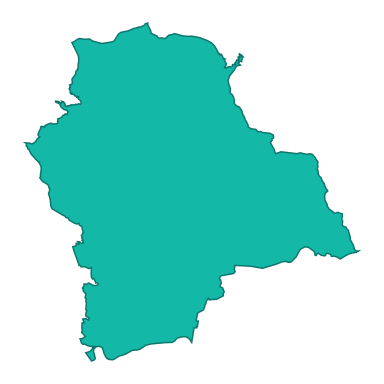 Sapanta, Maramures, Romania (Natural Earth projection), rotated 180°
{"feature_id": "2599482B85746794892801", "entity_name": "Sapanta", "entity_type": "district", "adm_level": 2, "iso_a3": "ROU", "parent_name": "Romania", "parent_adm1": "Maramures", "projection": "natural_earth1", "projection_center": [23.668, 47.916], "detail": "fine", "context": "isolated", "style": "filled", "palette": "teal", "viewbox_px": 384, "rotation_deg": 180, "n_neighbors": 0, "source": "geoboundaries", "source_scale": "gbopen_adm2", "svg_char_len": 5985}
<svg xmlns="http://www.w3.org/2000/svg" viewBox="0 0 384 384"><g transform="rotate(180 192 192)"><path d="M312.1,341.5L305.7,328.5L305.1,323.2L305.9,319.9L305.9,315.7L306.4,315.4L306.3,314.5L308.0,312.8L308.3,310.2L312.0,304.9L311.7,300.7L312.4,299.7L313.1,299.6L313.3,298.7L314.3,299.0L314.0,298.0L314.2,296.6L313.7,296.3L314.9,295.2L314.0,293.9L313.8,291.5L312.5,291.0L313.3,290.5L312.8,289.9L309.9,289.4L309.0,288.0L307.2,287.7L307.3,286.7L305.5,287.2L306.1,286.1L305.9,285.4L304.0,283.7L303.0,282.3L302.9,281.1L303.3,279.9L303.9,279.6L305.2,280.3L306.4,279.6L308.6,279.7L308.8,279.1L313.2,279.1L313.4,278.4L316.5,278.2L317.6,277.4L319.1,278.6L318.8,280.0L319.3,280.3L320.4,282.2L322.0,282.6L321.4,281.8L322.3,282.1L322.9,281.1L324.0,281.3L325.5,282.5L328.4,282.9L328.4,282.2L327.9,281.5L326.3,281.2L324.8,280.2L323.5,280.3L323.4,279.9L323.9,278.9L322.7,276.7L320.2,274.6L317.3,273.6L315.8,272.1L316.6,270.6L316.5,269.5L318.9,270.1L319.7,268.8L320.9,268.8L323.0,266.1L326.0,265.3L326.4,264.1L326.1,263.3L326.4,262.7L326.2,261.2L326.8,260.4L331.4,259.9L332.5,260.7L333.8,260.7L339.0,258.5L339.2,257.2L340.0,256.8L340.6,257.4L342.9,257.6L343.2,257.0L342.9,256.7L345.9,250.1L345.7,248.3L344.2,247.2L346.9,245.0L348.1,242.7L350.0,241.1L352.3,240.0L354.1,240.9L358.6,241.1L357.5,240.4L357.8,238.0L356.4,236.8L356.2,235.1L355.3,234.7L352.9,230.0L348.1,224.5L345.5,222.1L344.8,222.1L345.1,221.6L343.0,217.8L342.8,214.6L343.6,209.1L343.4,207.1L344.1,206.5L344.0,205.8L341.2,202.2L340.1,201.9L336.0,199.2L334.4,194.7L334.5,193.0L335.5,190.5L333.9,185.1L333.1,177.8L332.0,175.3L321.6,169.1L319.0,167.9L317.9,166.3L315.7,166.0L314.9,164.0L309.5,160.8L307.1,160.0L304.9,160.6L304.9,159.3L302.0,157.1L301.8,154.5L300.4,152.1L301.1,151.8L301.2,150.4L302.6,148.5L301.9,147.3L302.3,146.2L301.1,144.1L301.9,143.7L300.7,142.7L301.2,141.8L300.7,140.8L302.7,140.8L304.3,141.5L304.2,142.1L307.2,142.5L304.8,141.0L305.2,139.7L307.8,140.5L308.0,138.1L311.2,137.4L310.3,133.9L304.8,118.5L303.8,118.5L303.0,117.2L299.0,117.2L295.1,115.4L292.6,116.4L292.9,111.0L292.5,106.6L291.4,105.0L290.3,105.5L288.6,102.4L288.3,101.0L287.1,101.3L285.9,100.4L286.2,98.9L288.9,98.4L291.4,98.7L292.2,99.5L295.4,101.0L297.2,99.8L300.0,100.0L300.0,97.9L301.6,96.0L300.8,94.8L300.9,93.3L299.2,91.1L298.2,90.6L298.1,89.9L298.9,86.4L297.8,85.0L298.2,83.3L297.6,80.4L298.2,74.4L297.2,73.4L298.0,71.4L298.0,69.6L298.4,69.1L297.8,67.5L295.3,66.5L295.0,65.2L295.3,63.9L298.0,65.4L301.3,64.9L299.9,61.2L301.9,61.1L302.1,57.6L302.0,54.8L301.5,53.4L302.3,52.4L302.3,51.3L301.1,50.5L298.9,47.6L301.1,45.6L304.0,45.1L303.4,44.0L302.7,41.2L301.0,39.6L299.5,40.0L296.1,38.2L292.3,37.4L288.2,37.7L291.4,35.9L291.7,35.0L294.2,32.4L298.3,31.2L292.4,23.0L290.0,23.9L288.9,25.1L288.8,26.1L290.3,31.9L290.5,34.7L288.1,36.9L285.9,37.9L283.5,37.3L281.8,36.1L281.2,35.2L279.9,30.5L278.1,26.8L276.6,25.2L274.9,24.6L271.8,24.2L270.4,24.5L265.2,27.8L258.7,29.8L251.6,33.7L246.9,34.0L244.3,34.7L237.9,38.9L232.5,40.1L218.7,41.4L211.8,41.6L209.2,43.1L207.0,45.9L204.1,46.6L200.1,47.4L197.9,47.2L194.7,45.3L192.3,41.7L190.0,56.1L187.2,56.2L187.3,57.6L186.6,57.6L185.7,63.0L187.9,63.0L186.5,70.4L186.1,71.2L180.6,74.0L179.4,76.7L179.2,78.6L178.2,80.2L177.8,82.7L175.8,85.6L175.6,85.0L175.1,85.3L174.4,84.8L174.5,84.2L167.2,84.8L160.7,88.2L160.8,90.2L159.8,92.2L161.4,96.2L164.1,97.2L163.5,99.6L162.7,100.5L163.3,103.8L164.2,104.6L164.6,105.7L163.4,107.9L162.4,108.3L150.4,110.5L148.9,112.3L149.8,114.7L149.2,116.6L149.3,118.6L133.2,117.8L121.6,115.7L108.2,119.7L101.2,122.4L98.2,122.5L95.2,121.6L93.9,121.7L92.5,122.4L87.8,127.1L85.0,132.6L83.6,134.7L79.0,137.2L75.4,136.6L69.9,132.6L69.1,130.8L69.0,128.9L68.4,128.6L67.8,128.5L66.9,130.3L65.6,130.7L62.7,128.7L59.1,128.1L58.4,128.8L57.8,130.4L56.5,130.7L54.0,129.8L53.1,129.0L52.7,127.7L51.8,127.5L51.0,128.0L46.9,127.0L43.8,125.0L37.6,128.8L33.3,130.7L27.6,131.7L25.4,133.1L27.8,133.0L29.5,134.4L30.5,138.6L33.6,144.1L33.7,146.5L35.7,153.7L37.3,155.2L38.0,156.8L40.9,157.8L41.5,158.5L41.8,159.4L41.3,162.6L42.3,165.1L41.6,167.7L41.8,170.2L44.2,170.7L45.8,171.7L49.1,170.7L54.8,174.9L56.7,177.8L56.8,179.4L59.2,184.2L59.3,188.8L58.5,191.2L56.4,192.7L56.3,193.4L57.8,195.1L58.9,197.6L59.4,198.0L59.5,199.8L61.9,203.5L63.1,206.6L64.5,207.6L65.7,209.7L65.9,212.7L66.8,215.3L66.0,217.3L66.6,219.2L66.2,220.5L66.2,222.5L68.0,224.6L68.5,226.0L72.0,229.8L74.1,230.2L77.5,229.7L83.9,231.2L87.0,230.3L102.8,232.2L108.5,230.3L109.9,234.7L113.7,241.4L111.9,243.6L112.2,245.0L110.9,245.7L110.3,246.8L111.0,249.2L114.2,250.7L121.4,251.5L123.5,252.5L126.2,252.2L128.1,254.6L132.8,255.2L135.7,256.9L136.2,259.7L139.0,264.7L139.3,266.3L141.4,270.2L142.1,273.0L144.6,276.9L147.6,278.3L149.2,279.9L150.0,281.5L149.5,283.6L150.5,286.9L151.4,288.9L153.9,291.1L153.6,295.3L155.2,299.9L156.0,303.7L154.1,308.4L149.6,314.1L147.6,318.0L143.6,318.9L146.0,320.9L144.7,321.8L145.0,322.6L144.7,323.1L142.4,322.4L142.3,324.0L141.6,326.0L141.8,326.7L140.8,327.1L141.7,328.1L142.2,328.2L142.7,329.2L143.1,329.2L142.7,328.5L143.8,328.5L144.3,330.2L144.8,329.9L144.0,326.8L144.6,326.7L145.2,327.3L145.9,326.9L145.8,325.3L145.0,325.5L144.8,325.1L146.2,323.7L147.3,323.9L148.0,322.2L149.3,320.8L148.5,319.6L148.6,319.2L151.1,319.5L151.7,319.0L151.4,318.2L151.7,317.5L152.4,317.1L155.4,317.3L157.9,315.9L158.9,316.0L159.5,316.9L158.6,317.4L157.9,318.8L158.2,319.4L157.6,320.2L159.9,324.5L159.0,325.0L160.7,325.7L162.5,329.6L163.9,329.0L164.1,329.7L164.7,329.7L164.5,330.4L165.7,330.7L166.4,332.7L169.4,338.0L172.7,341.3L176.8,343.5L184.4,346.4L192.7,347.9L195.8,347.6L201.5,348.2L209.3,350.4L212.3,349.3L215.1,348.9L218.9,345.3L222.2,346.2L224.5,345.6L226.5,346.9L226.9,347.9L231.9,350.2L233.0,351.1L233.4,353.6L236.2,358.9L236.3,361.0L238.8,360.2L239.0,359.3L239.6,358.8L243.7,356.9L245.1,357.0L247.6,356.0L250.0,355.6L256.0,353.1L263.2,351.6L265.6,349.9L269.8,343.1L271.9,342.1L282.3,340.5L291.8,343.1L294.3,345.0L299.5,344.7L304.4,345.5L306.7,344.6L310.1,342.2L312.1,341.5Z" fill="#14b8a6" stroke="#0f766e" stroke-width="1.5"/></g></svg>